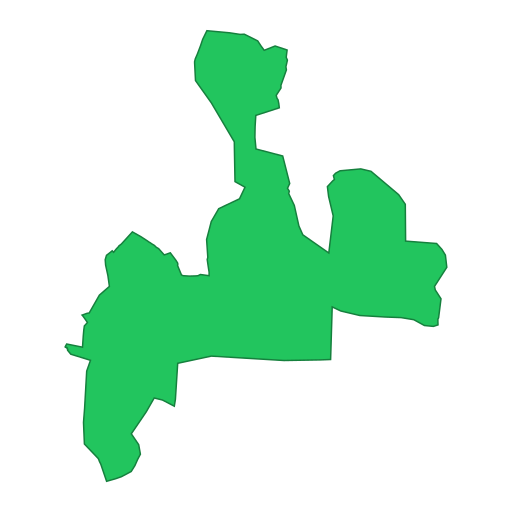 the district of Tambuwal, Sokoto, Nigeria
{"feature_id": "59680162B21010588258079", "entity_name": "Tambuwal", "entity_type": "district", "adm_level": 2, "iso_a3": "NGA", "parent_name": "Nigeria", "parent_adm1": "Sokoto", "projection": "albers", "projection_center": [4.75, 12.395], "detail": "fine", "context": "isolated", "style": "filled", "palette": "green", "viewbox_px": 512, "rotation_deg": 0, "n_neighbors": 0, "source": "geoboundaries", "source_scale": "gbopen_adm2", "svg_char_len": 2485}
<svg xmlns="http://www.w3.org/2000/svg" viewBox="0 0 512 512"><path d="M438.0,324.9L437.9,321.5L437.9,319.1L438.6,317.8L441.0,298.8L435.3,290.0L434.5,286.4L446.8,267.3L445.4,255.1L441.9,249.4L436.6,243.5L405.6,241.1L405.3,204.3L398.7,194.7L371.0,171.3L360.8,168.9L340.0,170.8L335.6,173.2L333.4,175.6L334.4,179.5L332.7,180.9L327.4,186.6L328.6,196.5L333.2,215.9L328.8,253.0L302.8,234.8L298.9,226.0L294.3,205.4L288.7,193.6L289.3,191.2L287.5,188.3L289.7,183.5L282.7,156.0L256.0,149.0L254.9,137.4L255.1,126.6L255.8,115.4L279.3,107.8L278.8,103.6L278.0,99.7L277.1,98.5L276.2,95.4L281.0,88.0L281.0,87.1L280.9,85.4L286.4,69.9L285.9,66.7L286.5,64.2L287.4,60.1L286.2,57.3L287.1,50.0L275.1,46.0L264.2,50.3L260.9,45.8L257.7,40.9L244.3,34.2L240.1,34.4L229.6,32.8L206.9,30.7L202.7,39.3L200.5,45.8L197.3,54.2L195.3,58.8L194.6,61.6L194.6,61.8L194.6,63.1L194.9,68.6L195.5,80.6L211.3,102.8L233.4,140.3L234.3,141.7L234.4,149.1L235.0,181.6L245.0,187.2L239.5,198.8L226.2,205.1L218.7,208.7L212.0,220.3L211.3,221.4L209.2,229.6L206.6,239.5L207.8,257.4L207.2,259.5L208.5,268.4L209.1,272.1L209.1,275.7L200.4,274.5L198.0,275.7L196.0,275.9L189.4,276.1L183.2,275.7L182.7,275.5L181.5,275.0L180.4,272.4L179.9,271.2L177.6,265.6L177.8,264.3L177.8,264.0L177.6,263.0L176.6,261.4L175.7,260.0L170.3,252.8L166.4,254.2L164.2,254.9L158.6,248.6L157.7,248.1L156.3,247.3L154.6,245.6L153.8,245.0L152.5,244.3L151.6,243.7L151.0,243.3L150.0,242.6L148.9,242.0L147.4,240.9L140.8,236.6L132.4,231.9L121.4,244.0L118.9,245.9L118.6,246.4L118.0,247.2L116.5,248.7L113.6,252.3L112.2,250.8L111.4,251.5L108.6,253.7L106.5,255.3L105.2,259.7L105.6,265.0L107.9,275.6L109.4,286.4L99.4,295.1L89.2,313.0L87.1,313.3L82.1,315.1L82.5,315.5L84.2,317.8L87.4,322.4L87.0,323.0L84.3,326.0L84.3,326.3L83.8,329.9L83.3,335.5L82.5,347.2L82.2,347.1L79.1,346.5L66.7,344.0L65.2,346.7L65.2,347.1L65.4,347.3L65.7,347.4L66.2,347.5L66.5,347.4L66.9,347.6L67.2,347.9L67.1,348.2L67.0,348.4L67.2,348.8L67.5,348.8L67.8,349.4L67.8,349.5L67.6,349.7L67.6,350.0L67.6,350.3L70.8,354.2L90.5,360.3L86.7,371.1L84.6,408.2L83.5,422.4L84.4,444.0L98.3,458.6L98.9,460.0L99.5,461.6L100.8,464.2L106.6,481.3L115.7,478.7L121.4,476.7L131.2,471.5L134.9,465.6L137.7,459.3L140.4,454.2L138.7,444.7L131.3,433.8L146.2,411.9L154.2,398.0L162.4,400.0L174.3,406.2L175.4,399.4L177.7,363.3L211.3,356.1L284.0,360.5L320.2,359.9L330.6,359.5L332.2,306.9L340.8,311.0L359.8,315.5L385.0,317.0L401.1,317.6L413.8,319.7L424.4,325.5L433.4,326.4L438.0,324.9Z" fill="#22c55e" stroke="#15803d" stroke-width="1.5"/></svg>